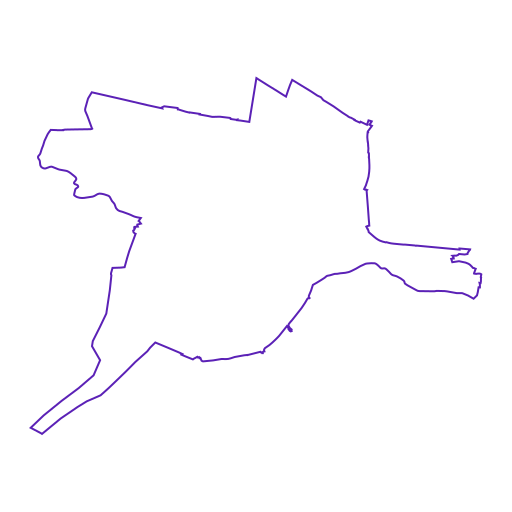 the district of Amersfoort, Utrecht, Netherlands
{"feature_id": "6326949B34184194665398", "entity_name": "Amersfoort", "entity_type": "district", "adm_level": 2, "iso_a3": "NLD", "parent_name": "Netherlands", "parent_adm1": "Utrecht", "projection": "robinson", "projection_center": [5.382, 52.164], "detail": "fine", "context": "isolated", "style": "outline", "palette": "violet", "viewbox_px": 512, "rotation_deg": 0, "n_neighbors": 0, "source": "geoboundaries", "source_scale": "gbopen_adm2", "svg_char_len": 5909}
<svg xmlns="http://www.w3.org/2000/svg" viewBox="0 0 512 512"><path d="M470.1,249.4L459.5,248.5L459.6,249.6L416.5,245.6L416.0,245.8L415.0,245.5L405.0,244.6L403.3,244.6L393.8,243.7L391.4,243.4L389.3,243.0L386.4,242.2L385.8,242.4L382.6,241.6L379.8,240.6L378.1,239.7L376.4,238.6L374.1,236.8L368.7,232.1L368.5,230.9L367.9,229.4L367.8,229.5L367.6,229.2L366.3,226.6L367.3,226.1L369.3,225.6L369.2,224.9L369.1,222.8L368.8,219.7L367.9,207.2L366.6,190.6L367.1,190.0L366.1,189.6L365.1,189.7L364.1,189.1L366.1,184.9L366.1,184.6L367.3,181.0L368.5,176.7L369.0,173.2L369.2,171.6L369.4,168.4L369.4,165.2L369.1,158.8L368.9,157.9L368.8,157.2L369.0,157.1L368.9,153.2L368.2,152.6L368.4,148.3L368.1,145.4L368.2,145.2L368.1,144.6L368.0,143.2L367.8,141.6L367.7,141.6L367.5,139.7L367.3,137.2L367.4,135.0L367.6,132.6L367.9,132.7L368.1,132.5L367.9,132.2L368.0,131.2L370.0,128.5L371.3,126.8L371.2,126.7L371.9,125.8L369.4,124.7L371.3,122.1L371.1,122.0L371.6,121.3L370.4,120.9L368.5,120.4L367.5,123.3L367.0,124.8L360.5,121.7L359.8,122.6L357.4,121.5L355.6,120.7L354.4,120.0L354.6,119.7L350.9,117.7L350.0,117.5L348.4,116.7L348.0,116.4L347.9,116.2L345.1,114.4L342.6,112.8L333.6,106.4L326.2,101.8L323.4,100.2L320.9,97.2L317.4,95.6L311.2,91.5L292.2,79.9L290.0,85.1L288.1,90.4L286.0,96.6L282.9,94.7L277.1,91.0L267.8,85.3L256.4,78.1L249.3,121.9L240.7,120.6L237.2,120.2L237.4,119.5L236.2,119.8L230.7,119.0L230.7,118.5L230.4,118.1L229.9,117.9L219.8,116.7L212.3,116.9L208.0,116.0L199.6,114.5L199.8,113.9L189.5,112.4L189.4,112.6L185.7,111.7L179.5,109.8L178.6,109.4L177.8,109.4L177.6,108.0L164.2,106.3L161.9,107.4L162.3,108.4L147.6,105.2L124.2,99.7L91.8,92.3L88.4,97.9L87.9,99.0L85.3,108.3L85.1,109.6L85.2,110.5L85.3,111.1L87.4,116.0L91.8,128.0L92.2,128.7L91.9,128.9L90.6,129.2L76.1,129.4L65.0,129.6L63.9,129.8L64.0,129.9L63.3,130.2L63.2,130.1L62.8,130.2L57.3,130.2L56.5,130.1L50.7,129.9L50.3,130.5L48.9,132.3L47.6,134.3L45.3,139.2L44.5,140.9L43.1,145.5L41.9,148.5L40.3,153.5L39.8,154.4L38.5,155.9L38.1,156.5L38.0,157.2L38.2,158.1L38.5,158.7L39.4,160.0L39.8,161.0L40.1,163.8L40.3,165.0L40.4,165.5L41.0,166.5L41.5,167.2L42.5,167.8L43.3,168.2L44.0,168.4L44.9,168.5L45.7,168.4L49.8,166.9L51.0,166.7L51.6,166.7L52.4,166.9L57.9,169.1L59.4,169.6L65.5,170.7L66.9,171.0L68.6,171.8L70.4,173.0L74.9,176.6L75.6,177.3L76.0,177.9L76.2,178.5L76.3,179.1L76.1,179.6L75.7,180.3L74.2,182.3L74.1,182.6L74.0,183.1L74.3,183.5L74.7,184.0L75.4,184.3L76.6,184.7L77.6,185.3L78.0,185.9L78.2,186.4L78.1,186.9L77.9,187.2L76.0,188.6L75.4,189.2L75.2,189.8L74.3,193.5L74.1,194.9L74.2,195.2L74.6,195.6L75.6,196.3L77.1,197.1L79.7,197.8L82.1,198.0L84.2,197.9L92.7,196.6L94.5,195.9L97.4,194.2L98.6,193.8L99.7,193.6L101.7,193.8L103.2,194.1L104.4,194.4L108.0,195.6L109.2,196.3L109.9,197.1L111.9,200.9L114.3,203.7L114.9,205.0L115.7,207.3L116.1,208.2L116.9,209.1L117.7,210.0L119.5,211.0L122.4,211.8L128.5,214.0L130.7,214.9L132.8,215.9L134.5,216.6L136.7,217.2L140.8,218.0L138.7,220.9L138.9,221.0L140.9,223.6L137.3,224.6L137.2,225.3L137.8,226.6L134.4,226.9L134.3,227.0L134.2,228.0L134.9,228.4L134.1,230.0L133.2,230.6L133.4,231.9L133.6,232.3L134.5,233.2L135.0,233.6L135.6,233.8L129.2,251.2L127.1,258.1L124.6,267.2L120.9,267.6L112.5,267.9L111.8,270.5L111.2,272.6L111.0,273.4L111.0,274.3L111.1,274.7L111.4,275.2L109.8,290.3L106.3,313.6L99.8,327.2L92.8,341.1L92.0,346.2L100.1,360.2L93.6,375.3L78.7,388.1L61.7,400.8L43.7,415.4L30.7,427.8L41.5,433.5L42.0,433.9L60.7,418.5L77.7,406.9L86.8,401.3L100.6,395.3L108.2,388.5L114.3,382.7L125.9,371.5L135.3,362.0L147.3,351.3L150.1,347.7L155.3,342.5L168.5,348.0L179.1,352.5L182.3,354.0L181.5,354.7L185.2,356.3L192.9,359.4L193.8,358.7L196.1,357.5L197.3,356.8L197.9,357.5L199.0,357.1L199.5,358.2L200.4,357.9L201.5,360.6L201.9,360.9L202.8,361.3L203.9,361.3L213.1,360.4L221.5,359.0L222.8,359.0L225.8,359.1L228.3,358.9L230.7,358.3L234.7,357.0L244.1,355.3L247.8,354.9L247.8,355.0L260.4,351.8L260.7,352.3L261.1,352.3L261.5,352.3L261.9,352.6L262.1,353.1L262.8,353.1L262.8,352.1L263.0,351.8L263.3,351.6L264.4,351.4L264.3,351.1L264.1,350.8L264.1,349.6L264.5,348.8L265.0,348.1L269.5,345.0L272.3,342.6L275.5,339.6L277.5,337.6L279.1,335.9L286.9,326.1L289.2,329.3L288.8,329.5L289.8,330.9L290.6,331.2L290.8,331.4L291.5,331.1L291.3,330.8L291.7,329.8L291.5,329.4L290.0,328.2L288.6,326.0L288.5,325.0L288.8,324.0L290.9,321.3L291.1,321.3L293.9,317.8L295.8,315.4L301.6,308.0L305.0,302.9L307.4,298.8L308.5,297.9L309.1,298.3L309.5,298.0L308.8,297.3L308.9,295.7L311.1,290.5L312.4,286.4L312.9,284.9L316.5,282.9L321.2,280.0L324.6,277.8L326.5,276.2L327.3,275.8L330.3,275.2L333.2,274.3L334.7,273.9L337.3,273.8L340.2,273.3L345.3,272.8L348.6,272.1L350.0,271.6L351.6,270.9L356.0,268.7L360.5,266.1L365.5,263.8L367.1,263.5L371.3,263.2L374.6,263.3L375.3,263.5L376.3,264.0L377.7,265.1L379.5,266.8L380.1,267.5L381.0,268.2L381.6,268.4L382.4,268.5L384.4,268.3L384.7,268.4L385.4,268.6L386.4,269.3L389.0,271.8L391.0,274.0L391.9,274.7L392.9,275.2L395.8,276.0L397.1,276.5L400.6,278.4L403.5,280.5L403.8,280.8L404.2,281.3L404.4,281.8L404.6,282.8L405.0,283.6L407.0,285.0L408.0,285.6L415.5,289.7L417.4,290.7L418.0,290.9L419.6,291.1L434.1,291.3L434.9,291.2L436.8,290.9L444.7,291.1L447.1,291.4L456.6,293.1L461.8,293.1L462.6,293.3L468.2,295.6L469.0,296.1L473.6,298.7L477.0,295.4L477.8,292.1L478.6,287.3L479.9,287.4L479.9,285.2L479.8,284.0L479.5,282.9L480.6,283.1L480.7,282.6L480.9,281.5L481.0,278.0L481.1,277.5L480.8,277.3L480.9,276.3L481.3,274.5L481.3,274.3L480.8,274.0L480.4,273.8L479.6,273.6L478.0,273.6L476.6,273.8L476.2,273.9L474.1,273.6L474.0,273.3L475.7,268.8L474.8,268.5L473.9,268.0L473.2,268.0L472.8,267.8L472.6,267.6L472.2,267.0L470.2,265.0L469.3,264.3L468.3,263.7L465.6,262.6L459.0,261.2L452.3,262.2L451.2,258.9L453.6,258.5L453.4,258.1L453.6,258.1L453.6,257.6L453.4,257.0L453.1,256.4L452.5,255.8L454.8,255.6L456.3,255.7L458.3,254.8L458.8,254.1L459.1,254.0L464.6,254.5L467.5,254.0L467.7,252.9L469.3,250.5L469.7,249.9L470.0,249.8L470.1,249.4Z" fill="none" stroke="#5b21b6" stroke-width="2"/></svg>